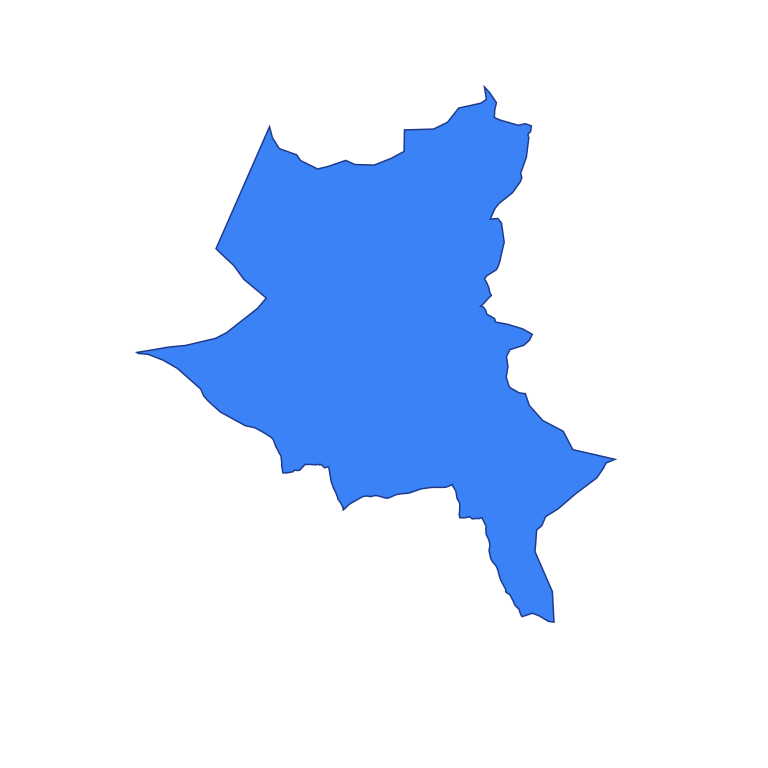 outline of Okpokwu, Benue, Nigeria, rotated 161°
{"feature_id": "59680162B94450341733030", "entity_name": "Okpokwu", "entity_type": "district", "adm_level": 2, "iso_a3": "NGA", "parent_name": "Nigeria", "parent_adm1": "Benue", "projection": "orthographic", "projection_center": [7.847, 7.064], "detail": "fine", "context": "isolated", "style": "filled", "palette": "blue", "viewbox_px": 768, "rotation_deg": 161, "n_neighbors": 0, "source": "geoboundaries", "source_scale": "gbopen_adm2", "svg_char_len": 3447}
<svg xmlns="http://www.w3.org/2000/svg" viewBox="0 0 768 768"><g transform="rotate(161 384 384)"><path d="M408.5,664.5L498.8,566.6L491.4,552.2L487.5,545.1L482.5,528.7L467.3,503.6L478.9,496.7L516.1,483.8L528.5,482.0L559.3,485.1L575.5,489.0L600.4,493.1L607.4,494.3L606.3,492.9L597.3,488.8L585.2,478.5L574.4,466.2L558.9,438.8L558.4,431.5L555.7,424.9L547.8,410.7L528.8,389.8L520.2,384.6L512.5,376.0L508.3,370.5L506.8,367.7L506.8,365.4L506.6,359.3L506.2,358.1L505.9,356.0L505.8,353.8L504.9,349.7L505.2,347.7L506.5,342.3L507.5,339.7L507.8,336.6L508.6,333.0L505.4,331.7L498.8,330.7L496.5,331.7L494.4,330.5L491.9,329.9L488.3,331.8L484.9,333.6L481.5,332.5L479.5,331.9L477.7,331.0L475.1,329.8L472.2,329.5L471.4,328.5L469.5,328.4L468.8,326.8L467.4,324.0L465.1,324.1L463.2,323.2L463.6,321.6L465.7,309.1L465.6,301.4L465.0,297.5L464.8,292.4L465.0,290.0L463.8,285.9L463.4,283.7L463.2,282.2L463.1,280.9L462.6,280.6L463.1,279.9L463.4,279.2L463.4,278.8L463.5,278.2L461.9,278.8L457.2,281.0L455.1,281.8L451.3,282.5L446.6,283.4L442.2,284.2L439.8,284.4L436.7,283.7L434.2,282.3L432.4,281.7L430.9,281.7L428.6,281.4L426.6,280.5L422.6,277.7L419.2,275.4L417.9,275.0L416.1,274.8L408.8,275.4L405.8,275.0L402.5,274.4L397.9,273.1L394.9,272.7L386.9,272.8L382.6,272.7L379.0,272.0L373.0,270.8L370.6,270.1L363.3,267.5L360.8,266.7L359.2,266.3L356.6,266.3L352.1,266.6L352.0,264.1L351.3,261.5L351.0,259.2L351.3,256.8L352.1,253.2L352.1,251.2L351.4,248.3L351.5,245.7L352.5,242.8L353.9,239.2L355.4,236.1L355.7,234.3L355.8,232.8L350.7,231.1L346.3,230.6L344.6,227.9L342.7,227.2L340.3,226.8L338.1,225.8L334.9,225.7L334.8,224.4L334.5,222.4L334.1,219.3L333.8,217.0L333.7,216.2L334.8,214.2L335.2,212.5L336.1,209.6L336.3,207.7L335.8,204.4L335.7,202.7L335.8,200.6L336.2,197.6L337.2,195.5L338.8,192.6L339.0,191.7L339.3,189.2L339.9,184.1L339.2,180.4L337.3,175.5L337.2,174.2L337.0,172.9L337.0,170.3L337.1,168.8L337.3,166.7L337.5,163.3L337.4,160.4L337.3,159.3L337.0,157.5L336.2,152.5L335.8,150.0L336.1,149.3L336.4,148.5L336.6,148.0L335.8,146.4L335.2,145.7L334.1,144.7L333.8,144.1L333.3,142.2L332.9,139.4L332.5,136.6L332.3,132.6L332.0,131.6L330.6,129.0L329.6,126.8L329.7,125.8L329.8,123.8L329.7,121.1L329.2,119.1L318.2,118.9L312.7,114.2L305.8,106.0L300.8,103.5L294.4,125.9L292.4,132.9L295.8,176.3L291.9,185.3L287.2,196.3L281.0,198.6L274.3,206.0L260.2,209.2L238.6,217.8L213.5,225.9L204.1,232.8L199.8,237.0L190.1,237.6L225.3,259.5L226.9,260.9L229.9,280.9L245.8,297.8L253.6,316.4L253.5,328.8L259.3,331.8L265.8,339.3L266.5,341.5L266.2,350.8L261.2,360.0L259.3,370.0L253.8,375.5L239.1,375.1L232.2,378.1L227.6,382.7L235.0,391.0L247.7,400.2L258.4,406.3L258.1,409.7L259.8,411.8L264.0,416.4L263.9,421.0L265.0,424.4L267.4,426.1L265.2,426.8L260.7,429.2L257.3,431.1L253.6,432.8L254.2,436.1L253.5,441.0L253.9,446.3L254.8,450.6L251.5,452.9L240.7,455.4L238.3,457.4L236.0,460.4L233.7,463.4L231.5,467.4L224.2,478.9L220.5,498.0L222.5,503.5L227.5,504.7L229.9,505.3L222.1,513.7L216.4,517.3L200.3,523.0L189.3,530.8L186.6,534.1L186.0,539.1L175.7,551.8L167.0,569.5L166.6,573.3L163.2,575.0L160.6,580.0L165.6,584.1L173.0,585.0L179.2,589.4L188.6,596.0L192.9,600.0L190.0,607.2L186.1,613.4L189.2,625.0L192.3,632.1L194.5,619.8L201.0,618.0L223.5,620.6L238.8,610.8L247.6,609.7L254.1,608.9L270.2,613.9L281.9,617.6L289.3,597.4L303.8,595.0L322.0,594.2L340.1,601.0L347.4,607.9L366.2,607.9L376.7,608.9L390.1,622.4L392.0,629.1L399.8,635.4L406.4,640.7L409.3,653.2L408.5,664.5Z" fill="#3b82f6" stroke="#1e3a8a" stroke-width="1.5"/></g></svg>